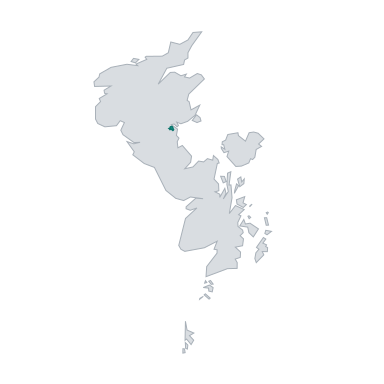 St Helens on a map of United Kingdom (Mercator projection), rotated 169°
{"feature_id": "GBR-5669", "entity_name": "St Helens", "entity_type": "Metropolitan Borough", "adm_level": 1, "iso_a3": "GBR", "parent_name": "United Kingdom", "parent_adm1": "", "projection": "mercator", "projection_center": [-2.702, 53.453], "detail": "fine", "context": "in_parent", "style": "filled", "palette": "teal", "viewbox_px": 384, "rotation_deg": 169, "n_neighbors": 0, "source": "natural_earth", "source_scale": "10m", "svg_char_len": 4166}
<svg xmlns="http://www.w3.org/2000/svg" viewBox="0 0 384 384"><g transform="rotate(169 192 192)"><path d="M204.6,304.3L190.5,313.5L186.1,312.9L180.7,308.2L175.1,308.8L177.4,306.4L172.6,304.3L164.2,307.3L160.5,305.2L158.3,300.6L176.5,288.7L179.3,282.9L177.6,281.2L177.3,272.8L167.8,275.8L174.5,266.6L182.8,262.2L189.9,261.1L193.7,263.5L192.6,259.8L194.2,258.9L196.6,262.2L199.4,262.1L194.2,256.5L196.5,250.5L194.5,247.4L196.9,244.2L197.4,238.1L192.6,239.5L185.6,227.3L187.7,221.4L194.7,216.2L186.3,216.4L179.6,221.1L174.8,219.3L170.5,221.8L165.6,219.3L164.0,223.7L160.4,219.0L159.8,215.3L161.7,215.2L167.9,200.5L164.4,194.8L165.4,188.1L169.4,187.8L165.1,184.5L165.8,181.4L159.1,189.3L158.9,184.1L162.6,179.2L156.3,185.5L156.3,192.7L153.5,203.7L150.0,204.5L154.3,191.8L152.4,191.5L153.8,178.7L159.5,163.7L151.9,170.4L144.1,164.8L150.6,160.8L148.5,159.3L152.9,153.3L153.4,149.4L149.6,145.0L149.5,142.3L153.1,139.9L150.4,136.2L152.6,129.6L160.0,129.6L155.8,123.8L157.1,118.6L162.4,117.9L161.1,114.1L162.3,108.4L171.8,110.0L194.4,106.2L191.8,116.0L179.1,127.2L178.4,130.5L181.3,131.6L176.7,138.9L190.5,134.9L210.4,135.1L213.8,137.9L215.2,142.1L203.4,167.3L190.2,175.4L197.2,174.4L201.0,176.7L200.6,178.6L189.4,185.2L182.4,183.3L194.5,187.4L201.8,185.2L209.2,188.9L217.3,198.5L224.2,223.3L233.4,229.0L243.0,239.8L241.0,242.5L246.2,253.9L239.9,250.4L233.5,250.7L239.5,251.6L248.8,261.4L250.1,266.2L245.1,273.1L248.9,275.7L253.5,271.5L265.1,272.6L271.4,277.2L272.8,282.0L270.4,294.2L264.5,298.2L265.2,301.5L256.6,304.6L259.0,305.6L258.9,308.7L251.3,311.5L267.5,314.2L267.2,318.9L261.4,322.5L260.0,325.6L247.7,329.8L231.5,329.8L221.2,326.4L222.5,328.3L211.1,330.8L212.3,333.3L211.0,333.9L195.3,331.0L188.7,333.2L184.2,343.3L175.8,339.3L167.0,342.0L160.6,348.4L151.9,347.4L164.3,335.7L169.4,329.5L170.4,324.3L174.1,323.0L175.9,318.8L193.1,318.3L204.6,304.3ZM145.9,241.6L135.6,241.4L135.7,238.5L129.8,231.7L124.6,239.3L120.0,239.1L115.9,237.1L111.2,230.4L117.5,226.4L115.0,223.5L120.9,221.5L123.7,214.1L126.3,212.3L128.2,213.5L130.7,209.7L138.5,208.0L144.1,208.7L150.9,220.1L148.2,225.1L153.1,224.5L154.9,229.1L154.7,230.7L151.6,227.7L151.9,232.4L153.5,232.7L152.7,235.5L149.1,236.5L145.9,241.6ZM143.0,114.7L140.9,120.1L137.2,123.1L139.3,125.3L130.6,133.7L128.5,131.7L132.2,128.3L128.9,125.9L130.1,124.4L128.4,123.0L129.4,119.1L134.4,120.1L133.5,116.6L142.4,110.4L143.0,114.7ZM143.9,141.2L144.0,146.9L151.6,149.6L146.4,155.1L145.7,150.4L141.0,150.3L133.8,143.1L140.4,136.2L143.9,141.2ZM222.0,42.4L225.4,48.7L227.1,47.8L223.1,66.4L223.2,57.4L217.1,53.2L221.9,51.5L218.6,46.2L222.0,42.4ZM149.9,175.9L141.1,177.4L144.0,171.6L141.0,169.3L144.6,167.0L150.1,171.6L149.9,175.9ZM173.8,259.2L178.1,262.2L172.8,266.9L169.9,263.5L169.6,260.0L173.8,259.2ZM144.1,188.1L144.8,196.0L141.2,197.5L141.3,192.4L138.2,194.9L139.5,190.3L144.1,188.1ZM194.4,91.5L194.1,94.5L199.2,96.1L192.6,97.3L189.5,94.1L191.2,90.1L194.4,91.5ZM160.9,202.0L157.2,201.1L156.5,195.7L159.6,195.0L160.9,202.0ZM226.9,331.7L223.9,334.3L218.8,332.3L222.9,329.6L226.9,331.7ZM146.7,191.5L145.1,189.2L150.7,182.6L149.5,185.9L146.7,191.5ZM126.5,135.7L128.4,137.4L126.9,140.3L121.5,138.2L126.5,135.7ZM125.8,152.9L123.6,152.5L123.2,144.9L125.5,145.2L125.8,152.9ZM227.3,45.5L225.3,42.5L226.5,38.7L228.1,39.8L227.3,45.5ZM199.7,88.7L198.3,89.5L194.4,84.4L195.7,83.6L199.7,88.7ZM192.6,101.2L190.7,101.6L188.8,97.6L190.8,97.7L192.6,101.2ZM231.7,35.6L230.8,39.9L229.3,39.4L229.4,35.6L231.7,35.6ZM204.6,86.1L200.8,87.4L205.0,85.2L204.6,86.1ZM141.7,157.5L140.6,157.8L139.2,155.9L141.0,154.9L141.7,157.5ZM197.0,100.1L195.7,102.4L194.7,100.3L197.0,100.1ZM137.6,167.6L135.3,168.6L138.3,166.4L137.6,167.6ZM123.1,157.5L121.6,157.9L121.0,157.2L122.4,155.8L123.1,157.5Z" fill="#d9dde1" stroke="#a8b0b8" stroke-width="1"/><path d="M200.5,260.2L199.5,260.0L199.3,260.2L198.7,259.6L198.6,258.8L198.5,257.8L198.3,257.1L198.5,257.1L198.5,256.6L198.5,256.4L198.9,256.1L199.1,256.1L199.3,256.6L200.3,257.7L200.6,257.4L201.0,257.6L201.8,257.6L201.8,258.0L202.1,258.3L202.4,258.7L201.6,258.8L201.2,258.5L200.7,258.5L200.7,258.8L200.8,259.0L200.8,259.4L201.1,259.6L201.0,259.9L200.5,260.2Z" fill="#14b8a6" stroke="#0f766e" stroke-width="1.5"/></g></svg>